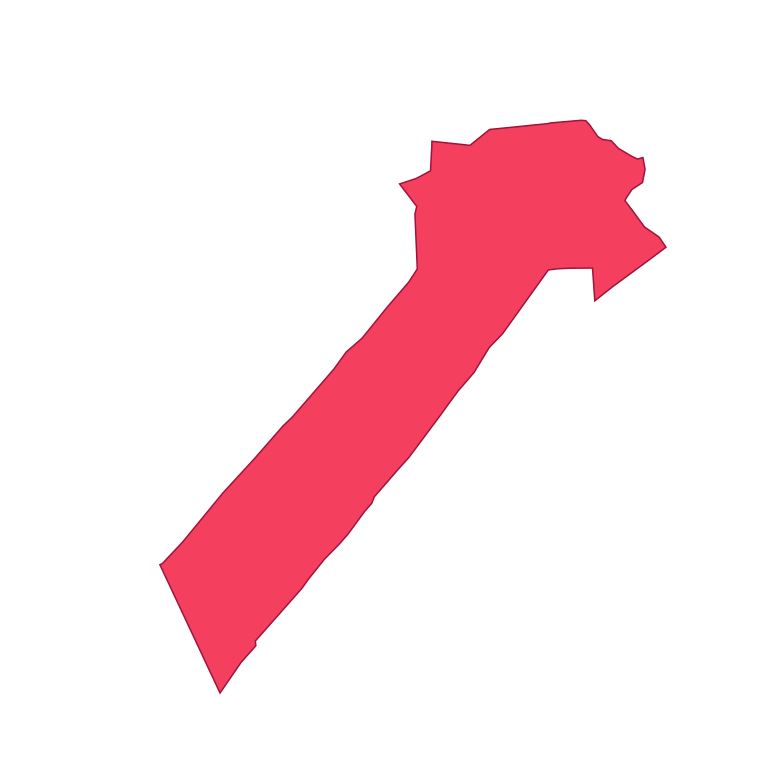 Chinguitti, Adrar, Mauritania, rotated 131°
{"feature_id": "47542326B90495786476095", "entity_name": "Chinguitti", "entity_type": "district", "adm_level": 2, "iso_a3": "MRT", "parent_name": "Mauritania", "parent_adm1": "Adrar", "projection": "mercator", "projection_center": [-10.907, 20.124], "detail": "fine", "context": "isolated", "style": "filled", "palette": "rose", "viewbox_px": 768, "rotation_deg": 131, "n_neighbors": 0, "source": "geoboundaries", "source_scale": "gbopen_adm2", "svg_char_len": 1108}
<svg xmlns="http://www.w3.org/2000/svg" viewBox="0 0 768 768"><g transform="rotate(131 384 384)"><path d="M169.4,507.1L173.4,503.7L178.9,499.5L192.6,488.8L204.3,493.2L207.7,494.5L222.8,503.5L228.5,475.8L235.4,472.2L275.3,434.4L290.7,432.2L324.0,432.0L363.7,430.6L384.8,433.5L405.6,431.6L468.9,431.5L481.8,432.7L525.9,432.8L572.0,434.1L635.4,432.3L665.0,433.5L667.4,434.6L724.8,305.0L688.3,309.2L665.6,309.0L662.3,312.5L631.0,312.2L617.0,312.1L592.1,311.9L580.2,313.0L555.4,314.0L533.8,312.7L520.8,312.7L492.7,315.0L482.0,315.0L475.5,317.3L446.3,317.3L436.6,317.3L423.5,317.0L403.1,318.5L369.7,321.0L356.7,322.2L340.5,323.5L315.7,323.6L315.0,323.8L287.7,328.5L268.3,327.5L190.1,334.8L183.1,328.5L174.3,319.3L159.7,302.7L182.9,279.5L159.7,275.1L116.2,265.3L95.8,260.9L92.6,272.7L94.6,290.4L89.8,311.6L87.5,322.7L82.4,323.5L74.5,324.5L62.3,321.1L50.6,327.9L43.2,337.2L47.9,340.2L49.5,345.9L50.5,351.1L52.4,361.6L51.3,372.1L56.1,379.6L57.0,385.0L55.0,392.9L53.4,399.4L52.9,404.5L55.5,408.1L77.9,429.8L79.6,430.8L122.6,471.3L147.5,475.7L169.4,507.1Z" fill="#f43f5e" stroke="#9f1239" stroke-width="1.5"/></g></svg>